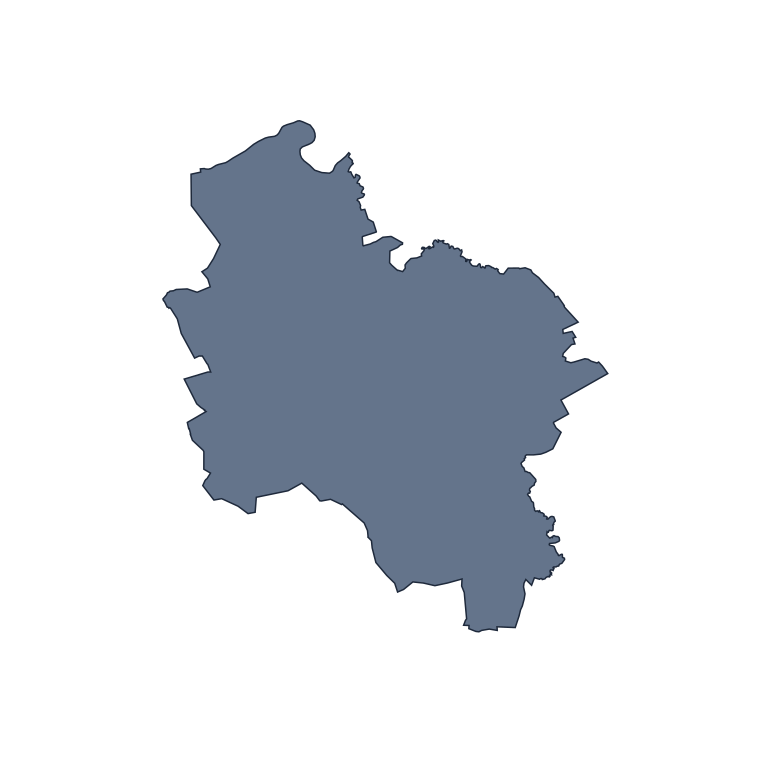 Vārmes pag., Kuldigas, Latvia (orthographic projection), rotated 65°
{"feature_id": "27541924B31224104965388", "entity_name": "Vārmes pag.", "entity_type": "district", "adm_level": 2, "iso_a3": "LVA", "parent_name": "Latvia", "parent_adm1": "Kuldigas", "projection": "orthographic", "projection_center": [22.227, 56.858], "detail": "fine", "context": "isolated", "style": "filled", "palette": "slate", "viewbox_px": 768, "rotation_deg": 65, "n_neighbors": 0, "source": "geoboundaries", "source_scale": "gbopen_adm2", "svg_char_len": 6170}
<svg xmlns="http://www.w3.org/2000/svg" viewBox="0 0 768 768"><g transform="rotate(65 384 384)"><path d="M502.6,243.9L496.5,246.6L490.9,246.9L490.4,246.4L489.1,229.4L473.3,230.4L469.1,176.8L460.1,178.5L454.8,180.2L455.0,182.1L450.8,186.7L447.9,188.5L446.0,191.3L444.4,202.4L443.7,205.7L439.8,209.9L437.3,208.2L435.8,209.0L434.5,210.4L432.0,208.6L427.5,197.4L428.4,194.0L422.3,193.3L422.7,190.5L415.9,191.3L413.9,200.2L410.1,198.9L410.0,181.9L390.8,187.9L389.1,187.8L389.0,187.5L378.0,189.4L377.5,192.3L373.6,191.7L360.8,196.4L353.0,198.8L345.9,202.5L342.7,202.7L338.3,207.0L336.8,212.4L335.9,212.8L331.5,222.5L334.9,229.1L332.9,232.4L329.7,233.1L329.3,233.1L328.7,232.2L328.1,232.4L326.8,233.3L326.9,234.5L326.6,234.8L324.3,236.3L323.8,237.3L322.9,237.4L320.9,239.1L319.9,241.7L320.4,242.5L321.5,243.1L321.5,243.6L319.3,244.9L319.8,246.4L319.3,247.1L316.0,246.3L315.4,246.7L315.4,247.6L316.6,250.0L314.8,253.2L313.5,254.3L309.8,255.0L309.1,254.5L308.4,252.6L307.9,252.8L307.6,254.4L306.3,255.8L307.7,257.1L307.8,257.6L307.4,258.1L305.3,257.0L301.6,259.0L300.9,260.5L300.2,260.6L297.2,257.4L295.3,257.0L295.4,258.5L293.5,258.9L292.2,259.7L291.8,260.6L291.5,262.8L291.0,263.4L288.4,263.5L287.4,264.8L288.7,266.8L288.6,267.3L284.9,266.3L283.6,267.3L283.5,268.4L281.2,270.7L279.9,270.7L279.6,269.3L279.0,269.7L278.5,272.3L276.4,273.9L278.4,274.7L278.5,275.1L277.5,275.7L275.9,276.0L275.4,276.4L275.2,277.8L277.4,280.5L279.7,280.5L280.8,281.0L281.0,281.6L280.3,282.1L280.7,285.4L280.2,286.2L279.0,284.3L278.3,284.9L278.9,288.3L278.6,289.2L277.2,289.9L276.4,291.2L276.4,291.7L277.0,292.6L277.7,292.6L278.3,290.9L278.8,290.6L279.4,290.9L280.1,291.5L281.8,295.2L283.9,295.8L283.6,300.9L281.7,306.5L282.0,307.6L283.7,312.3L285.0,314.6L288.1,315.8L290.0,319.6L286.5,323.6L286.6,323.8L279.6,326.8L276.5,327.7L266.0,322.5L266.0,314.0L264.9,310.4L265.2,308.3L263.9,307.5L253.5,315.0L253.1,315.7L250.5,323.1L251.6,331.1L251.2,333.8L251.3,337.3L250.0,344.4L249.3,344.5L241.6,341.6L241.3,340.8L243.0,326.8L242.8,326.6L232.7,325.3L227.8,328.8L217.6,327.6L216.7,331.2L213.9,330.9L212.4,329.8L208.2,329.6L206.1,330.7L205.2,329.5L205.7,324.2L204.5,322.1L203.8,321.6L203.3,321.7L202.0,323.2L201.0,323.6L199.5,322.2L198.7,320.5L198.0,319.9L196.6,319.8L194.2,321.9L191.9,321.8L190.6,323.4L189.8,323.0L187.1,318.6L185.6,318.3L184.7,318.6L182.2,320.7L182.5,321.5L184.5,322.8L184.5,324.1L180.1,324.6L177.8,324.4L177.5,324.7L177.3,325.9L176.4,326.7L174.4,324.9L172.9,322.8L172.1,321.3L171.3,318.8L170.8,318.7L170.0,319.4L168.4,318.3L167.2,318.5L163.2,320.2L161.9,318.8L161.4,317.7L160.9,317.6L159.5,318.2L161.5,322.5L163.3,328.8L164.0,332.6L165.4,335.8L169.1,340.0L169.6,341.6L169.9,344.3L166.1,351.0L160.9,356.5L154.4,358.9L147.9,362.2L144.3,363.2L140.9,363.0L137.7,361.9L135.6,360.6L134.6,357.8L135.0,349.9L134.8,347.2L133.6,344.3L130.9,341.9L127.7,340.7L123.9,340.3L118.2,341.5L112.1,346.8L109.8,349.2L109.1,351.1L109.0,355.6L108.0,362.2L107.8,366.1L108.3,368.0L112.3,373.5L113.2,375.8L113.3,378.4L111.5,384.2L110.9,387.7L111.1,395.4L111.7,400.9L114.2,411.1L115.4,425.5L116.3,431.2L116.5,434.0L115.1,441.2L114.9,443.9L115.6,449.6L115.1,452.4L113.7,454.9L112.8,455.8L111.4,459.5L114.5,460.6L112.3,470.2L140.9,483.2L180.4,474.7L188.3,473.4L198.3,485.5L204.4,495.0L205.3,501.6L214.3,499.3L222.5,500.4L221.9,514.6L214.7,522.1L210.5,532.4L210.5,535.5L209.4,538.7L209.9,540.1L209.8,541.7L211.4,543.6L213.5,548.4L215.1,548.6L216.7,548.1L222.7,548.0L223.6,546.9L224.4,546.9L224.3,545.9L225.4,545.4L237.6,543.8L252.5,546.4L280.5,544.7L280.5,539.8L281.9,536.8L290.9,535.8L291.6,535.4L299.9,536.0L298.7,538.5L295.1,563.0L322.9,562.1L327.8,559.9L331.8,557.5L332.0,557.9L333.8,556.9L335.7,578.5L342.0,579.9L342.1,579.4L347.6,580.4L347.6,580.8L354.1,581.4L367.8,575.9L369.3,575.9L385.1,583.3L391.4,578.9L395.0,584.4L395.3,585.9L396.1,587.3L399.5,591.2L417.3,587.2L419.3,579.7L420.7,578.4L433.1,567.9L444.0,562.0L445.8,555.0L432.7,547.6L440.2,516.1L439.1,500.4L456.9,492.8L462.7,491.6L463.6,490.1L465.9,481.2L475.3,473.4L475.1,472.4L501.6,460.7L509.9,460.9L515.5,462.9L515.9,463.3L520.7,461.6L527.6,464.0L542.4,466.8L558.7,462.4L569.1,458.5L578.3,459.6L578.5,453.1L575.6,441.5L581.0,432.5L588.3,423.1L591.2,410.5L593.7,395.7L599.9,399.0L606.9,399.4L631.8,408.4L632.6,410.0L636.3,413.8L638.8,409.0L641.6,410.5L647.1,405.3L648.7,402.7L648.6,399.6L650.6,392.2L655.2,385.5L651.8,384.2L660.2,368.0L651.5,359.8L646.3,355.6L643.7,352.5L638.2,347.9L633.8,344.9L626.9,343.3L623.8,341.4L621.1,338.1L628.8,335.3L623.2,329.6L626.7,325.5L626.5,324.5L627.0,323.3L628.1,323.2L628.6,320.4L627.8,318.9L627.8,316.5L628.7,315.9L628.5,314.9L627.4,314.7L627.5,314.3L627.1,313.8L627.8,312.8L626.5,312.5L625.5,313.2L624.9,312.8L625.3,312.2L623.7,312.7L623.0,311.8L623.6,310.2L624.5,309.6L623.0,307.9L622.0,308.5L621.5,307.8L622.5,305.2L622.3,303.9L622.7,303.2L622.7,302.4L621.7,301.5L621.5,300.6L621.7,298.6L619.4,294.5L618.1,294.1L616.6,295.5L613.8,294.4L613.4,294.9L613.3,295.6L613.5,298.0L613.0,298.4L612.0,298.2L609.0,298.8L603.3,298.5L602.3,299.2L600.4,301.8L599.5,302.2L598.5,301.4L600.4,295.9L600.5,291.9L599.8,290.9L597.4,290.2L595.8,290.8L594.7,292.8L593.3,294.0L593.2,295.1L594.3,296.3L593.5,296.9L593.8,298.2L593.6,299.0L589.5,300.4L587.0,298.7L587.7,298.5L587.8,297.7L586.6,296.4L586.5,296.0L588.0,293.8L587.9,292.6L584.4,290.8L583.5,290.9L583.0,290.4L583.3,290.1L583.1,289.5L582.2,289.4L581.0,288.1L580.8,286.9L580.2,286.6L576.2,286.3L575.0,287.7L574.7,288.8L574.9,290.2L575.7,292.3L575.4,293.3L575.1,293.6L573.8,292.4L573.3,292.6L572.3,293.1L571.1,294.9L570.2,294.1L569.5,294.0L567.8,294.9L566.6,296.5L564.5,296.6L564.5,297.0L565.3,297.7L565.2,298.0L564.0,298.3L563.6,299.1L563.6,300.3L562.1,300.9L560.5,300.2L558.8,300.2L554.9,298.8L553.9,299.0L552.8,299.8L547.8,299.6L546.9,300.3L544.7,300.5L543.9,299.2L544.5,298.1L543.2,296.8L541.6,297.0L540.2,296.0L540.0,294.9L539.3,293.2L539.1,290.6L537.4,289.4L536.5,287.5L534.6,286.8L526.0,289.4L524.9,291.0L523.6,291.7L522.9,293.1L519.1,292.7L517.1,293.6L513.9,293.4L513.3,292.5L512.3,288.8L510.9,288.4L510.6,286.8L509.3,286.7L508.9,286.3L508.4,284.8L511.4,278.5L513.8,271.5L514.3,266.2L514.1,258.4L502.6,243.9Z" fill="#64748b" stroke="#1e293b" stroke-width="1.5"/></g></svg>